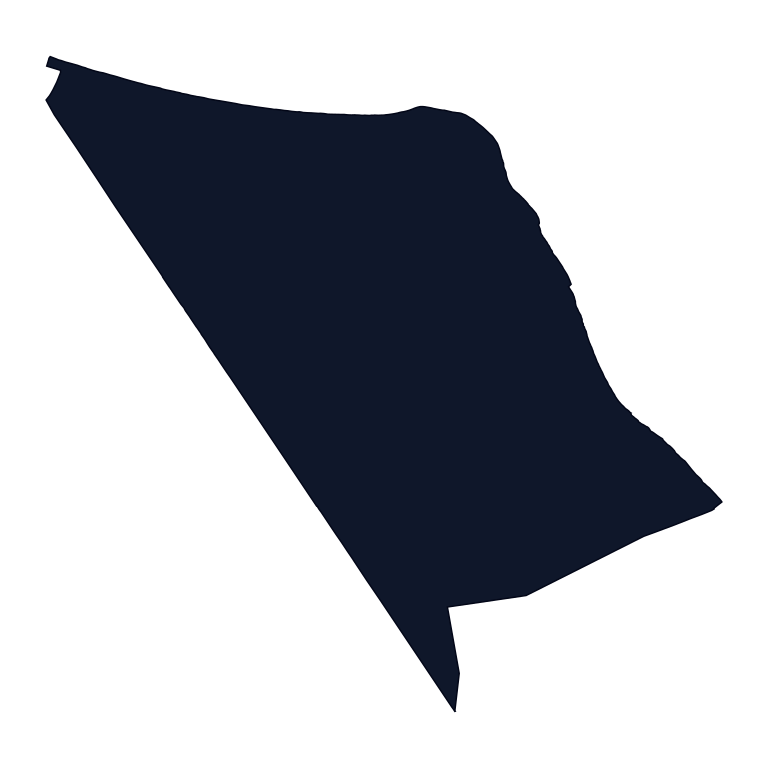 Lapmežciema pag., Engures, Latvia (Mercator projection)
{"feature_id": "27541924B41002773283615", "entity_name": "Lapmežciema pag.", "entity_type": "district", "adm_level": 2, "iso_a3": "LVA", "parent_name": "Latvia", "parent_adm1": "Engures", "projection": "mercator", "projection_center": [23.484, 56.997], "detail": "fine", "context": "isolated", "style": "filled", "palette": "ink", "viewbox_px": 768, "rotation_deg": 0, "n_neighbors": 0, "source": "geoboundaries", "source_scale": "gbopen_adm2", "svg_char_len": 6034}
<svg xmlns="http://www.w3.org/2000/svg" viewBox="0 0 768 768"><path d="M54.3,114.8L76.3,147.3L98.8,181.3L115.4,206.6L162.0,275.5L163.0,277.4L162.9,277.5L169.2,286.9L169.3,286.9L174.3,294.4L180.8,304.0L183.9,307.8L185.4,310.7L189.3,316.2L190.9,318.7L196.3,326.8L196.6,327.1L197.1,327.8L200.9,333.3L201.3,334.3L203.8,337.8L205.1,339.7L207.3,343.3L209.5,346.8L212.2,350.7L213.5,352.5L214.5,354.2L218.8,360.4L221.7,364.8L226.6,372.1L230.1,377.1L287.2,462.1L316.7,506.2L317.5,506.2L318.1,507.4L317.9,507.4L319.0,509.2L321.3,512.3L322.5,514.1L332.8,529.6L336.1,534.5L341.5,542.3L347.4,551.2L354.0,560.9L353.9,560.9L366.6,580.1L380.3,600.2L400.5,630.4L451.8,707.0L453.4,709.2L454.8,711.4L455.3,711.2L454.9,710.5L459.2,673.4L447.4,607.0L526.1,595.5L643.7,536.3L654.4,532.4L675.0,524.7L690.2,518.7L702.5,514.1L711.7,510.4L714.1,508.9L713.8,508.3L719.5,503.8L721.9,502.0L721.9,501.9L720.0,499.4L717.5,496.8L715.8,494.8L713.8,492.7L710.6,489.3L710.0,488.6L709.2,487.8L707.3,486.3L706.0,485.1L705.0,484.1L703.3,482.9L702.5,482.1L702.2,481.6L701.6,480.3L700.7,479.1L699.8,478.1L697.3,475.8L696.0,474.7L691.1,468.9L688.1,465.1L686.6,463.2L685.9,462.3L685.0,461.2L684.4,460.7L682.8,459.6L680.2,457.4L679.0,456.0L677.9,454.9L675.8,453.2L674.9,451.7L674.3,450.6L674.0,450.3L672.5,448.6L670.2,446.4L669.4,445.8L667.6,444.7L666.9,444.1L666.1,443.2L663.5,440.6L663.2,440.2L662.9,439.7L662.7,439.1L662.2,438.6L659.7,437.1L656.7,435.1L654.0,433.1L653.1,432.5L652.0,431.8L650.7,431.2L650.3,430.6L649.9,429.8L648.6,427.9L648.0,427.4L646.9,426.7L646.1,426.5L644.3,425.3L642.7,424.4L642.1,424.2L641.2,423.7L639.7,422.5L638.6,421.9L638.1,420.6L636.2,419.0L634.9,418.1L633.5,416.8L632.6,416.2L631.7,415.4L631.5,415.2L631.1,414.2L630.7,413.6L630.7,413.4L630.7,413.2L631.0,413.0L630.7,412.8L629.8,412.2L628.8,411.0L627.4,409.9L625.8,408.8L624.9,408.0L623.4,406.3L621.5,404.6L618.6,401.3L616.7,398.7L615.3,396.6L614.4,394.6L613.5,393.3L612.6,391.9L611.8,390.4L611.1,389.0L609.4,386.5L608.3,384.7L607.9,383.5L607.5,382.5L606.4,380.6L605.4,379.0L604.5,377.5L603.3,374.7L602.7,373.2L601.8,371.4L601.0,370.0L600.5,368.8L599.9,367.7L598.9,365.7L598.3,364.1L597.4,362.5L596.9,361.3L595.7,358.1L594.7,355.7L593.7,353.6L593.2,351.9L592.9,350.7L592.4,349.6L592.0,348.5L591.6,347.3L591.0,346.3L590.1,344.0L589.7,343.4L589.0,341.5L587.5,337.1L587.1,336.2L587.0,335.6L587.0,335.1L586.4,332.7L586.3,332.0L586.1,331.4L585.9,330.9L584.9,329.0L584.5,327.9L584.4,327.4L584.4,327.1L584.2,326.8L583.8,326.5L583.5,326.0L583.3,325.3L583.3,324.9L583.3,324.0L583.2,323.8L582.6,322.8L582.2,321.7L582.1,321.2L582.1,320.4L582.1,319.9L582.1,319.5L582.0,319.0L581.8,318.5L581.2,317.2L581.1,316.6L580.9,315.6L580.7,315.2L579.4,313.0L578.5,311.4L577.9,309.9L577.6,309.1L576.6,307.4L576.1,306.3L575.9,305.5L575.7,304.6L575.5,303.7L575.4,302.7L575.4,301.6L574.8,299.5L574.0,296.4L573.5,295.5L573.1,294.1L572.2,292.5L568.5,286.8L571.1,284.3L570.8,283.3L570.2,282.0L570.0,281.2L569.5,280.0L568.1,276.7L566.9,274.3L563.3,268.6L562.5,266.9L559.1,261.8L557.2,258.9L556.3,257.6L555.3,256.4L553.5,254.5L552.5,252.8L552.2,252.2L552.3,251.6L551.8,250.5L550.7,249.2L549.2,246.0L548.5,245.2L547.5,243.6L547.3,243.1L546.9,242.3L546.2,241.3L545.6,240.7L545.0,239.6L544.3,238.6L543.1,237.2L542.7,236.5L542.5,235.9L542.1,235.4L541.7,234.9L541.4,234.3L540.8,233.0L540.6,232.1L540.5,230.8L540.1,229.6L540.1,229.0L539.8,228.3L539.0,226.4L538.4,224.9L538.4,224.7L538.8,224.2L539.2,223.7L539.3,222.7L539.0,220.4L538.8,219.2L538.4,218.2L537.9,217.1L537.8,216.8L537.6,216.5L537.3,216.1L536.4,214.2L536.2,213.7L533.9,210.9L532.2,208.9L531.9,208.5L530.3,207.0L529.3,205.8L528.6,205.2L528.3,204.8L528.0,204.0L526.6,202.3L525.2,200.7L524.3,199.9L523.7,199.1L522.1,197.7L521.2,196.7L520.0,195.6L519.6,195.2L518.7,194.2L517.8,193.6L517.0,192.8L516.3,192.3L515.7,191.8L514.7,190.9L513.4,189.6L512.8,189.1L512.4,188.6L512.0,188.0L511.4,186.9L510.1,184.8L508.6,182.1L507.9,180.6L507.5,179.5L506.4,175.8L506.3,175.2L506.2,174.4L506.1,173.5L506.0,172.7L505.8,171.9L505.5,171.2L505.1,170.1L504.6,169.2L504.1,167.8L503.8,167.0L503.7,166.1L503.6,165.3L503.6,164.2L503.5,163.2L503.4,162.8L502.8,161.5L502.7,161.3L502.7,160.6L502.1,159.4L501.8,158.5L500.4,152.9L499.9,150.5L499.1,148.1L498.6,146.7L497.8,144.5L497.2,143.2L496.6,142.4L494.4,139.1L492.5,136.4L491.6,135.5L490.4,134.5L488.8,133.0L486.1,130.4L483.0,127.5L480.7,125.6L478.2,123.7L477.3,122.9L475.7,121.7L474.0,120.1L473.3,119.6L469.9,117.7L466.4,115.5L465.5,115.0L464.2,114.5L462.4,113.8L461.1,113.3L459.7,113.0L456.7,112.7L454.7,112.4L452.7,112.2L450.2,111.6L444.2,110.2L442.7,110.2L440.1,109.8L433.4,108.5L431.6,108.0L430.1,107.7L425.4,106.9L423.8,106.7L422.4,106.6L420.7,106.6L419.4,106.8L418.5,107.0L417.3,107.3L414.3,108.3L412.7,109.0L409.2,110.3L406.4,111.1L403.4,111.8L401.7,112.0L399.9,112.4L397.8,113.0L393.8,113.8L388.3,114.6L386.0,114.8L383.9,115.1L380.4,115.2L378.5,115.3L376.4,115.2L374.7,115.1L373.9,115.2L372.9,115.3L371.9,115.2L369.4,115.5L365.8,115.3L364.7,115.2L363.0,115.4L360.9,115.3L359.1,115.1L356.2,115.0L354.7,114.9L351.4,115.0L348.1,114.9L344.3,114.5L342.1,114.5L331.8,114.3L327.9,114.2L324.2,113.6L320.5,113.3L318.5,113.4L311.2,112.9L308.0,112.8L303.1,112.5L301.4,112.1L299.5,111.8L297.1,111.9L291.8,111.4L287.9,110.8L284.3,110.5L281.1,110.0L276.0,109.4L273.9,109.4L271.7,109.0L265.8,108.2L254.9,106.7L249.0,105.7L242.2,104.9L235.5,103.5L220.9,101.0L217.7,100.5L210.1,99.2L208.0,98.8L206.2,98.3L203.8,97.7L199.2,96.9L196.8,96.6L195.6,96.3L190.7,95.4L188.2,94.7L186.6,94.3L181.9,93.5L180.0,92.8L175.5,91.9L174.2,91.5L166.0,89.9L162.8,89.1L161.8,88.8L161.0,88.4L160.2,88.1L157.0,87.4L148.5,85.6L145.7,84.9L141.0,83.5L137.8,82.8L135.0,82.0L133.1,81.5L129.8,80.6L124.2,79.0L117.1,76.8L113.9,75.9L109.9,74.9L107.4,74.1L103.3,72.9L99.5,72.2L94.5,70.9L92.7,70.4L90.4,69.6L87.4,68.7L85.3,67.8L82.3,67.0L77.5,65.3L71.0,63.5L65.7,62.1L61.3,60.6L58.2,59.8L56.7,59.1L50.2,56.6L49.0,58.2L48.6,59.9L46.7,66.1L60.5,70.3L60.6,72.4L58.5,77.8L56.8,82.1L53.0,89.8L50.8,93.7L49.4,95.9L46.1,100.0L54.3,114.8Z" fill="#0f172a" stroke="#020617" stroke-width="1.5"/></svg>